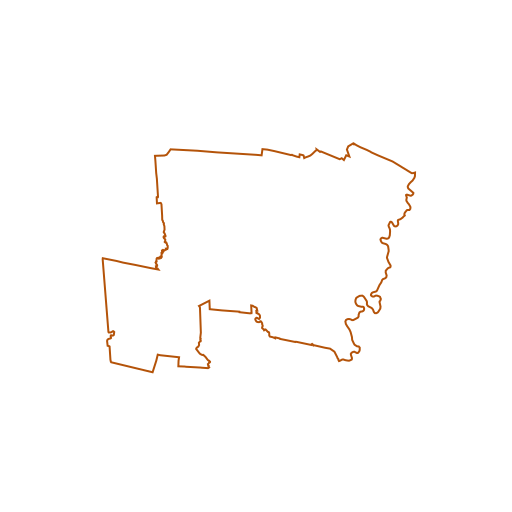 Corbii Mari, Dâmbovita, Romania (Robinson projection), rotated 58°
{"feature_id": "2599482B2224953601134", "entity_name": "Corbii Mari", "entity_type": "district", "adm_level": 2, "iso_a3": "ROU", "parent_name": "Romania", "parent_adm1": "Dâmbovita", "projection": "robinson", "projection_center": [25.473, 44.533], "detail": "fine", "context": "isolated", "style": "outline", "palette": "amber", "viewbox_px": 512, "rotation_deg": 58, "n_neighbors": 0, "source": "geoboundaries", "source_scale": "gbopen_adm2", "svg_char_len": 6101}
<svg xmlns="http://www.w3.org/2000/svg" viewBox="0 0 512 512"><g transform="rotate(58 256 256)"><path d="M269.4,435.1L299.8,405.3L291.9,396.0L287.6,391.6L289.4,389.8L301.1,374.9L303.8,377.2L308.4,380.3L312.0,375.0L312.8,374.1L321.4,361.9L322.0,361.2L325.7,356.1L325.7,355.2L325.6,354.7L324.3,354.8L323.9,354.3L323.4,354.5L322.2,354.1L322.0,353.0L321.4,352.1L321.7,351.5L321.6,351.2L321.3,351.0L319.9,351.3L319.2,351.8L318.4,352.0L314.9,352.3L311.9,353.1L311.5,354.0L309.6,355.2L308.2,355.5L303.1,356.0L302.6,355.4L302.3,354.5L302.3,353.0L301.3,351.4L299.3,350.4L298.8,348.8L299.0,348.2L298.8,347.9L298.1,347.5L297.6,347.6L296.9,347.3L296.7,346.7L295.8,346.6L291.8,343.4L270.3,331.0L269.4,330.7L268.2,330.8L269.2,319.2L276.6,323.4L284.1,313.7L294.4,299.6L294.9,299.8L301.6,291.3L301.6,290.8L302.1,290.1L301.9,289.9L295.4,286.3L296.4,285.2L298.4,284.3L299.1,283.6L300.5,283.0L302.8,283.8L302.5,284.1L302.5,284.7L302.8,284.9L303.6,285.1L304.4,285.8L304.7,285.8L305.1,285.1L305.8,285.1L306.3,284.5L307.8,284.2L308.7,284.3L310.3,285.2L310.9,286.2L311.0,286.8L310.0,287.4L309.4,287.6L308.6,288.4L308.8,289.5L309.0,289.9L309.4,290.2L310.6,290.4L312.0,290.3L313.0,289.5L313.8,288.3L313.9,287.7L313.7,287.2L313.6,286.9L314.2,286.4L316.2,286.4L317.3,287.0L318.5,287.2L319.0,287.5L319.7,288.6L320.5,289.0L322.3,288.4L323.3,288.5L323.3,288.1L323.0,287.5L323.4,286.8L326.8,286.1L327.1,285.6L327.6,285.5L328.3,285.6L330.5,286.9L331.7,286.9L333.8,284.8L336.0,283.3L335.3,282.7L338.5,279.6L339.0,279.6L349.7,268.3L349.6,268.1L350.3,267.1L360.8,256.2L360.3,255.8L360.3,255.0L361.2,254.7L362.4,254.7L362.5,254.4L362.3,254.2L370.3,246.2L373.8,242.3L378.7,240.2L384.6,240.7L386.1,241.0L387.0,240.8L388.0,241.2L389.1,241.3L389.3,240.6L389.5,237.8L389.9,236.9L391.7,235.4L393.0,234.0L394.1,232.6L394.4,231.1L394.5,229.7L394.0,229.1L393.1,228.6L390.5,228.0L389.3,227.5L388.7,226.2L388.8,224.5L389.2,223.4L391.8,221.8L392.2,220.9L391.6,219.0L390.7,217.9L388.7,216.6L387.2,216.8L386.1,218.2L383.5,219.4L382.3,219.4L378.1,218.9L375.6,217.6L370.7,216.1L367.9,215.7L363.6,215.9L361.2,215.8L358.9,214.9L358.0,213.7L358.0,212.0L358.7,210.5L359.9,209.3L361.3,208.5L361.9,207.4L362.2,203.4L362.2,202.0L361.5,200.9L360.3,200.2L358.7,198.2L358.6,196.9L359.3,195.3L359.4,194.0L359.1,193.2L358.2,192.3L356.8,191.8L356.1,191.9L355.6,192.3L355.0,193.4L352.5,195.9L351.4,196.4L349.5,196.5L348.0,196.2L347.0,195.7L345.8,194.7L344.7,193.2L344.6,191.9L344.7,189.3L345.9,186.9L347.1,186.3L348.2,186.1L352.8,186.0L353.9,186.3L355.5,187.4L356.4,187.7L358.0,187.5L361.0,185.7L362.0,185.3L363.6,185.2L365.9,185.7L367.4,185.5L368.2,184.4L368.4,182.9L368.1,181.8L366.5,178.5L364.9,177.2L360.4,175.6L360.0,175.2L359.7,174.2L358.6,172.9L356.3,172.5L355.4,173.0L353.6,174.5L353.0,175.7L352.9,177.4L352.5,178.2L351.9,178.8L351.0,179.2L350.2,179.3L349.7,179.0L349.2,178.3L348.7,177.2L348.8,176.0L349.6,173.4L349.7,172.5L349.3,171.5L346.1,166.7L344.8,163.8L343.2,161.7L342.9,160.7L343.3,158.5L343.3,157.7L343.0,156.7L341.7,155.5L338.8,154.8L337.2,153.7L336.3,150.7L336.4,149.4L336.7,148.4L336.6,147.9L335.8,147.1L335.1,146.9L331.2,146.8L326.9,145.9L326.1,145.2L322.2,140.9L320.7,140.1L317.7,138.8L316.0,138.9L314.6,139.6L312.4,141.6L311.6,142.1L310.6,142.2L309.2,142.1L307.8,141.6L307.3,140.4L307.4,139.2L310.6,136.1L311.0,135.1L311.1,134.4L310.9,133.4L309.3,131.5L306.1,129.2L304.6,128.4L303.0,128.0L301.8,127.9L300.4,127.5L300.0,127.1L298.2,124.2L298.3,123.6L298.7,123.2L299.5,122.9L303.6,123.0L304.6,122.4L305.1,121.6L305.2,120.8L305.1,119.8L304.5,118.7L303.5,118.0L301.3,117.1L300.8,116.5L300.8,116.2L301.3,114.0L301.1,111.1L300.7,110.0L300.5,108.4L299.2,108.1L298.5,107.4L298.0,106.5L297.1,103.8L297.3,103.1L298.3,101.5L297.8,100.2L296.7,99.3L295.9,99.0L293.1,98.9L291.5,99.2L288.9,99.2L288.1,98.8L286.3,97.1L284.1,96.6L283.8,96.4L283.9,95.5L286.8,93.0L287.1,92.3L287.0,90.6L286.6,89.7L285.9,89.1L279.4,91.1L277.8,90.7L277.3,90.3L276.1,88.2L275.4,85.7L275.0,83.3L273.6,80.2L272.5,78.9L269.5,76.9L269.0,78.8L268.2,80.1L248.2,90.1L235.5,99.1L229.2,103.3L228.2,103.7L224.8,105.8L219.0,109.9L215.3,112.1L212.5,113.4L212.9,113.9L212.0,114.3L211.9,119.7L213.9,122.5L221.1,124.1L218.4,126.1L221.2,130.6L218.5,131.5L218.3,133.7L201.7,145.6L201.7,146.5L197.6,148.1L198.3,148.4L198.4,150.1L199.3,154.2L199.6,156.7L199.2,159.2L198.6,161.8L198.5,163.2L196.0,162.4L195.4,162.7L193.0,165.1L195.2,166.9L193.3,168.8L190.0,171.5L189.2,171.9L189.0,172.8L176.8,184.8L171.8,190.0L168.8,193.9L173.6,197.9L170.4,202.1L147.2,234.5L135.7,249.9L120.3,271.9L121.6,274.9L122.8,278.2L122.2,280.5L117.5,288.6L122.0,290.9L132.8,296.7L137.9,299.1L153.8,307.7L154.1,308.0L153.5,308.7L153.5,309.1L158.9,312.1L160.4,308.8L160.8,308.6L162.1,308.8L172.0,314.2L175.7,316.4L176.5,316.3L178.3,316.9L179.4,316.7L180.2,317.4L182.2,317.9L185.2,319.6L186.8,321.6L187.4,321.7L188.3,321.5L191.1,322.1L191.4,322.4L191.4,322.8L190.5,323.6L190.6,324.0L191.0,324.4L192.0,324.6L193.9,324.2L195.3,325.2L195.5,325.8L195.8,326.0L196.7,325.6L196.9,325.5L196.8,325.0L197.0,324.9L198.6,325.2L199.6,325.6L200.6,325.5L202.2,326.5L202.6,326.9L202.4,327.5L202.9,327.7L202.1,328.6L202.9,329.0L202.7,330.1L202.8,330.6L202.2,331.1L202.6,331.6L201.5,331.8L201.5,332.8L202.6,333.4L203.6,333.3L203.9,333.7L203.2,334.3L203.2,334.5L204.9,335.3L205.3,335.9L206.4,336.1L206.9,336.6L206.5,337.2L207.2,337.6L207.0,337.9L206.5,337.9L206.8,338.5L206.4,338.5L206.8,339.1L206.0,339.5L206.3,340.1L205.7,340.3L205.3,340.7L205.3,341.1L205.6,341.7L207.0,342.7L207.5,343.5L208.1,343.4L208.3,344.6L209.5,344.8L210.2,344.7L210.9,345.1L211.3,344.7L211.5,344.8L211.3,345.4L211.4,345.6L211.9,345.6L211.8,346.2L212.4,346.2L212.5,346.7L213.0,347.0L214.3,346.8L214.3,346.3L214.5,346.1L215.7,346.0L210.4,351.8L199.6,363.1L191.1,372.3L186.3,376.9L176.7,387.1L177.4,387.7L179.7,388.9L242.2,421.4L242.8,421.4L243.8,419.8L244.0,418.7L243.9,417.4L244.2,416.8L245.3,416.5L247.6,418.4L247.7,419.3L247.6,419.7L246.6,420.6L246.4,421.2L246.9,421.7L248.7,422.4L248.8,423.0L248.2,425.0L248.2,425.7L248.3,426.3L249.1,427.3L253.5,429.4L254.8,428.2L255.1,428.1L266.8,434.4L268.7,435.1L269.4,435.1Z" fill="none" stroke="#b45309" stroke-width="2"/></g></svg>